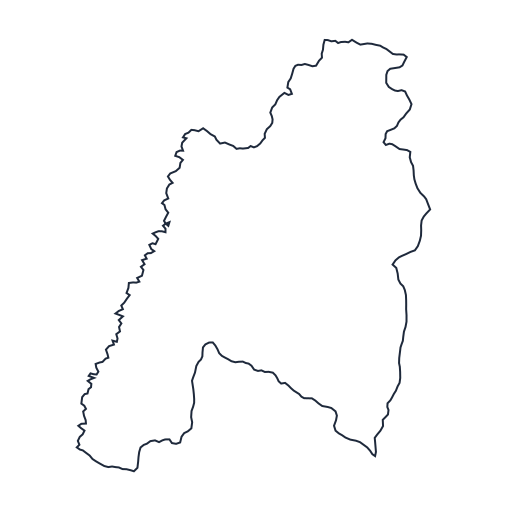 the district of São Gotardo, Minas Gerais, Brazil, rotated 182°
{"feature_id": "56859067B79744293866938", "entity_name": "São Gotardo", "entity_type": "district", "adm_level": 2, "iso_a3": "BRA", "parent_name": "Brazil", "parent_adm1": "Minas Gerais", "projection": "natural_earth1", "projection_center": [-45.982, -19.366], "detail": "fine", "context": "isolated", "style": "outline", "palette": "slate", "viewbox_px": 512, "rotation_deg": 182, "n_neighbors": 0, "source": "geoboundaries", "source_scale": "gbopen_adm2", "svg_char_len": 5126}
<svg xmlns="http://www.w3.org/2000/svg" viewBox="0 0 512 512"><g transform="rotate(182 256 256)"><path d="M112.3,460.1L115.5,462.4L119.6,462.5L122.7,462.3L126.3,462.7L128.8,464.5L132.9,467.4L136.4,468.9L139.2,470.5L143.6,471.2L147.7,472.1L152.1,472.3L155.6,471.6L159.1,470.9L162.9,472.7L167.6,475.4L171.1,472.8L174.4,473.2L178.6,472.8L181.4,471.7L184.2,473.8L188.2,473.2L191.8,474.3L194.9,474.3L196.0,469.6L196.3,464.4L197.4,460.5L197.0,456.5L199.8,453.4L202.6,448.3L206.2,447.6L210.3,448.8L213.9,449.6L217.2,448.5L220.7,448.6L223.3,447.4L225.0,444.5L226.2,439.4L227.5,434.7L229.8,431.0L230.5,425.4L227.7,423.8L225.8,419.3L229.2,418.1L233.3,420.0L235.9,417.8L238.2,415.8L240.3,412.5L242.0,408.2L245.0,405.0L246.7,399.8L245.1,396.4L244.2,393.1L244.4,389.6L246.3,386.3L249.6,383.1L251.6,378.4L251.2,374.4L253.4,372.0L255.7,368.6L258.8,365.8L261.9,364.5L265.2,365.7L267.6,363.7L272.8,362.9L275.9,363.1L279.2,362.4L282.6,365.2L286.5,366.5L291.0,368.3L295.8,367.1L299.6,370.8L301.3,374.0L305.7,376.2L309.3,379.1L313.3,381.8L317.8,378.7L321.9,379.6L325.0,379.8L327.8,376.9L331.1,375.4L333.1,372.0L329.7,371.2L333.7,366.7L334.3,362.9L332.6,358.7L335.7,358.7L339.0,357.1L340.2,353.3L336.1,352.1L332.4,349.5L334.8,346.4L335.4,341.5L339.1,338.0L344.6,335.5L346.8,332.4L344.6,329.1L341.9,326.2L345.1,324.4L347.4,320.4L347.9,315.7L345.7,310.4L349.7,308.4L351.8,305.5L349.3,303.8L348.0,299.5L345.2,296.2L347.1,292.4L349.2,287.9L347.3,285.2L350.0,283.0L347.4,280.1L347.3,276.6L350.8,277.4L354.2,277.4L357.2,276.2L360.0,274.8L356.9,272.4L354.3,269.7L356.8,264.3L359.9,265.1L363.0,263.4L360.9,259.3L357.9,257.3L361.2,255.2L364.3,255.0L367.1,252.8L365.2,249.5L369.7,247.9L367.1,243.9L370.6,241.2L368.0,238.1L369.3,232.3L374.0,229.9L371.7,226.3L374.7,225.2L377.9,225.3L382.1,224.6L382.4,219.6L384.1,214.5L380.9,212.5L383.4,209.0L386.1,204.7L388.9,201.8L387.2,198.2L391.2,196.3L394.4,193.6L390.5,192.3L386.9,191.0L390.9,187.2L388.2,183.9L390.4,180.3L389.3,175.9L392.9,173.0L391.5,168.7L392.1,165.4L396.4,166.4L394.9,162.5L399.7,160.8L402.7,157.2L400.9,152.5L400.0,149.2L402.7,148.2L405.7,144.8L408.6,144.1L412.5,142.5L411.7,138.8L409.5,134.9L411.2,132.0L414.2,132.2L417.3,132.9L419.0,130.3L413.6,128.5L417.3,126.9L419.8,125.3L416.1,122.5L416.3,119.1L418.7,117.1L419.6,112.7L422.4,112.0L424.8,108.9L425.4,102.4L422.4,100.4L420.6,97.3L423.3,94.6L422.3,90.3L420.5,86.0L420.1,82.6L424.7,82.2L427.6,80.1L424.9,77.9L421.3,75.5L423.0,71.7L425.8,69.1L427.6,65.0L425.9,61.2L428.4,58.5L425.2,56.4L422.3,55.7L419.5,53.7L415.3,50.8L412.3,47.4L408.9,45.3L405.2,43.3L400.3,40.8L396.2,39.9L392.5,40.6L388.9,40.1L385.7,39.9L382.0,38.4L378.0,38.4L373.7,37.5L370.5,36.6L367.1,40.2L366.6,46.4L366.4,51.0L365.9,56.0L364.7,60.6L361.6,63.3L358.5,64.6L355.1,67.3L350.5,68.2L346.4,66.6L343.1,68.5L340.4,69.5L336.1,69.7L333.5,66.1L329.3,65.5L325.3,67.0L324.1,72.8L321.6,76.5L318.0,78.4L314.6,81.5L314.0,87.6L315.2,92.7L315.0,98.9L313.6,103.1L312.7,107.1L312.8,110.9L313.3,115.7L314.0,120.7L314.9,125.4L315.6,129.1L314.6,132.4L312.9,137.4L311.8,144.0L309.7,148.2L307.4,150.6L306.1,153.8L306.1,157.8L305.8,162.8L303.5,165.9L299.8,167.9L296.2,168.1L293.5,165.1L291.2,161.4L289.4,157.6L286.6,155.0L283.5,153.4L280.3,151.9L276.9,150.0L272.9,149.1L269.5,149.7L265.5,150.0L262.5,148.7L259.6,148.2L256.7,146.2L253.9,142.4L250.0,141.2L246.6,141.9L243.1,140.4L239.4,140.7L235.1,140.0L232.3,137.4L230.5,134.6L229.0,131.6L226.4,129.4L222.5,130.2L219.0,127.6L216.4,125.1L213.6,122.8L210.7,121.1L208.1,119.6L205.7,117.0L203.0,115.6L199.8,115.6L195.2,115.7L191.7,113.6L188.4,110.9L184.6,108.4L179.0,107.6L175.4,106.7L171.1,103.5L169.6,99.3L170.3,94.6L172.1,89.1L170.4,84.2L167.0,81.6L163.7,79.9L160.3,77.7L155.4,75.8L149.7,74.9L145.6,73.6L141.9,71.1L138.2,68.6L135.1,65.3L132.8,62.0L130.0,60.2L129.3,64.4L129.9,69.5L130.5,74.5L131.0,78.4L128.5,82.0L125.6,85.7L123.1,90.5L123.6,96.7L120.8,99.7L118.6,102.2L118.2,106.7L119.5,109.7L119.4,113.4L116.7,116.4L115.2,119.2L113.4,123.0L111.5,126.2L109.9,130.7L108.1,134.2L107.6,139.1L107.9,145.1L108.4,150.3L109.3,154.0L109.3,159.1L108.7,165.9L108.4,169.6L107.5,172.7L106.3,176.3L106.0,180.5L105.5,185.6L104.1,190.3L103.3,195.6L103.5,202.0L104.1,208.1L104.2,212.7L104.4,217.0L104.8,222.2L106.1,227.2L107.8,230.9L110.7,233.5L112.9,237.4L113.8,243.4L115.4,249.0L119.2,252.2L116.4,256.6L113.0,259.7L110.2,261.2L106.0,263.2L101.7,265.5L97.4,267.2L94.6,271.5L92.8,277.0L91.8,282.0L91.8,287.5L92.1,292.2L91.7,297.3L89.7,301.3L87.3,304.4L83.6,308.6L86.0,314.2L87.9,318.7L90.0,321.3L93.9,324.8L97.0,329.3L99.0,334.0L100.4,338.2L101.1,342.2L101.5,347.0L102.2,351.6L104.3,355.2L105.8,360.0L105.4,365.4L108.7,367.1L112.1,367.5L116.3,367.9L120.7,370.7L123.8,372.5L126.6,372.9L130.1,371.5L132.5,374.2L130.7,378.2L130.7,382.4L129.3,385.3L125.8,386.8L122.2,388.4L119.7,390.9L118.3,394.5L116.3,397.3L113.4,399.8L110.9,403.6L107.4,407.8L105.9,413.2L108.3,417.8L110.8,421.8L112.7,425.6L116.3,426.8L120.0,425.8L122.9,426.2L125.8,427.5L129.2,429.6L131.9,433.6L132.1,441.6L131.0,445.4L128.4,447.8L123.7,448.7L119.1,449.6L116.3,451.5L114.8,454.9L112.3,460.1ZM347.3,285.2L343.7,286.8L344.7,283.1L347.3,285.2Z" fill="none" stroke="#1e293b" stroke-width="2"/></g></svg>